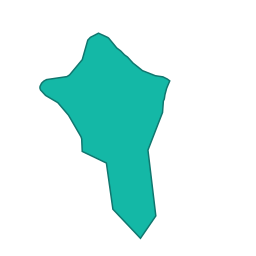 the London Borough (royal) of Kingston upon Thames, rotated 322°
{"feature_id": "GBR-2754", "entity_name": "Kingston upon Thames", "entity_type": "London Borough (royal)", "adm_level": 1, "iso_a3": "GBR", "parent_name": "United Kingdom", "parent_adm1": "", "projection": "robinson", "projection_center": [-0.265, 51.379], "detail": "fine", "context": "isolated", "style": "filled", "palette": "teal", "viewbox_px": 256, "rotation_deg": 322, "n_neighbors": 0, "source": "natural_earth", "source_scale": "10m", "svg_char_len": 657}
<svg xmlns="http://www.w3.org/2000/svg" viewBox="0 0 256 256"><g transform="rotate(322 128 128)"><path d="M163.1,35.1L167.8,44.2L168.1,45.4L168.4,58.0L169.7,62.9L170.2,68.1L171.3,71.8L171.9,79.9L174.7,91.7L181.7,103.6L187.0,109.2L189.1,113.6L189.9,116.6L185.7,118.9L182.9,120.5L177.6,124.5L175.3,126.7L174.3,127.6L172.5,128.5L164.8,137.0L130.1,157.7L95.8,214.4L69.9,222.6L66.1,182.7L89.4,142.3L77.5,118.3L84.8,108.1L85.6,105.8L89.0,81.3L88.3,64.8L83.1,51.6L82.5,44.2L83.1,42.5L83.6,41.8L84.4,41.0L87.5,39.5L90.5,39.2L93.6,39.7L111.5,49.9L114.7,50.2L134.0,46.0L150.4,34.0L154.2,33.4L163.1,35.1Z" fill="#14b8a6" stroke="#0f766e" stroke-width="1.5"/></g></svg>